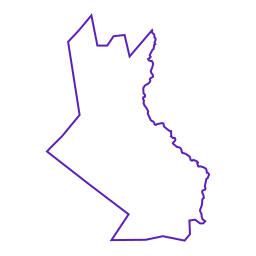 the district of Strafford, New Hampshire, United States of America
{"feature_id": "52423323B44709532305945", "entity_name": "Strafford", "entity_type": "district", "adm_level": 2, "iso_a3": "USA", "parent_name": "United States of America", "parent_adm1": "New Hampshire", "projection": "robinson", "projection_center": [-70.925, 43.327], "detail": "fine", "context": "isolated", "style": "outline", "palette": "violet", "viewbox_px": 256, "rotation_deg": 0, "n_neighbors": 0, "source": "geoboundaries", "source_scale": "gbopen_adm2", "svg_char_len": 2285}
<svg xmlns="http://www.w3.org/2000/svg" viewBox="0 0 256 256"><path d="M152.6,29.9L152.4,29.8L129.6,56.5L124.6,35.0L113.6,36.2L107.2,45.6L97.4,45.6L91.4,15.4L78.5,30.8L68.1,41.8L79.6,115.0L61.8,136.5L51.2,147.0L47.0,151.5L89.1,184.3L91.2,185.9L128.6,214.3L111.5,240.1L133.8,239.9L145.6,239.8L163.0,236.2L184.6,240.6L190.0,234.1L189.4,220.5L195.2,219.7L200.0,223.4L203.1,223.4L205.2,221.3L202.6,219.3L202.2,218.4L201.7,216.8L201.5,214.1L200.4,211.9L200.0,210.2L201.8,205.2L202.3,201.3L202.1,200.1L202.8,198.7L203.3,198.4L203.7,198.2L203.8,197.6L203.4,195.2L202.1,192.0L202.2,191.1L202.5,190.7L203.8,190.0L204.9,189.7L205.4,189.1L205.5,188.1L205.1,187.4L205.0,187.0L204.9,186.0L206.3,179.2L206.6,178.8L207.7,178.0L209.0,174.7L209.0,174.3L208.4,173.4L208.1,173.0L207.3,172.6L206.8,172.6L206.5,169.9L206.0,168.8L205.9,168.7L204.0,167.5L203.9,167.5L203.3,167.2L202.6,167.0L202.2,166.9L200.1,166.3L198.7,166.6L198.2,166.3L197.3,163.7L197.3,163.2L197.8,162.9L198.0,162.5L196.5,161.1L193.3,159.9L192.1,160.7L191.0,160.2L190.5,159.7L190.4,158.6L189.8,157.0L189.1,156.1L188.9,156.0L185.7,153.8L182.3,152.8L181.9,152.4L181.6,150.5L180.5,148.1L179.2,147.4L176.9,146.9L176.0,146.1L173.3,144.0L172.8,143.1L174.1,141.6L175.0,140.7L175.4,139.6L174.7,137.9L173.9,137.8L172.8,138.0L171.9,137.1L170.9,136.4L171.2,135.6L171.1,131.1L169.8,131.1L169.5,130.9L166.8,128.9L166.7,128.8L164.1,126.6L163.8,126.0L163.6,124.4L163.4,123.4L161.8,123.1L156.5,124.3L155.9,125.0L154.6,124.3L154.1,122.9L153.2,121.4L151.8,121.0L150.7,120.1L148.4,115.0L147.8,113.6L148.1,111.4L147.3,109.4L145.3,106.4L144.3,105.3L144.4,105.0L143.9,103.9L143.7,103.6L143.7,101.6L144.0,100.5L143.1,99.2L143.1,98.3L143.2,97.4L144.9,96.8L145.0,95.4L144.9,94.7L143.8,93.7L143.5,92.8L143.3,89.0L143.4,87.9L144.9,85.6L146.7,84.4L147.9,83.9L149.3,82.7L150.3,81.0L149.9,79.4L150.1,78.5L152.9,76.9L153.0,75.9L152.7,74.7L151.2,72.7L150.8,71.3L151.0,69.9L151.9,68.5L153.2,63.9L152.8,62.5L151.7,60.9L151.1,61.1L149.3,60.6L148.6,60.1L148.1,59.0L150.4,57.5L150.6,56.6L150.0,56.0L149.8,55.0L150.9,52.7L152.6,49.7L153.6,49.0L154.1,45.0L155.3,44.2L155.1,43.5L154.5,42.8L155.5,40.1L155.5,38.3L154.5,37.6L154.4,37.2L154.4,35.5L154.0,34.2L152.4,33.0L152.1,32.5L152.0,31.8L152.1,30.9L152.5,29.9L152.6,29.9Z" fill="none" stroke="#5b21b6" stroke-width="2"/></svg>